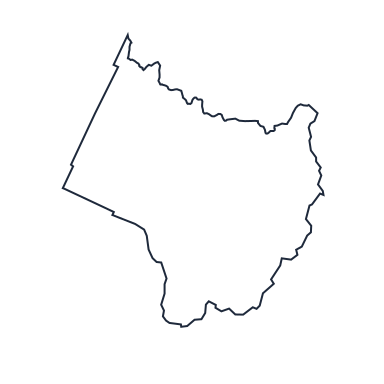 outline of Grand, Colorado, United States of America, rotated 25°
{"feature_id": "52423323B77546934946548", "entity_name": "Grand", "entity_type": "district", "adm_level": 2, "iso_a3": "USA", "parent_name": "United States of America", "parent_adm1": "Colorado", "projection": "equal_earth", "projection_center": [-106.159, 40.085], "detail": "fine", "context": "isolated", "style": "outline", "palette": "slate", "viewbox_px": 384, "rotation_deg": 25, "n_neighbors": 0, "source": "geoboundaries", "source_scale": "gbopen_adm2", "svg_char_len": 2527}
<svg xmlns="http://www.w3.org/2000/svg" viewBox="0 0 384 384"><g transform="rotate(25 192 192)"><path d="M67.4,76.9L67.2,109.9L72.2,109.9L70.9,161.8L70.8,218.4L73.4,219.0L73.3,243.1L75.2,243.0L120.0,243.1L129.6,243.2L129.6,246.5L154.1,245.0L164.5,246.3L169.5,250.8L177.0,262.5L184.2,268.6L189.5,270.4L193.9,268.9L205.5,281.2L206.1,287.1L210.1,295.7L211.7,307.2L216.7,311.3L218.2,317.0L222.8,319.5L226.9,320.2L237.9,316.7L239.2,318.7L244.3,315.5L248.3,306.7L254.3,303.3L255.1,296.1L252.2,288.2L253.4,284.0L261.3,284.3L262.2,287.0L269.1,287.7L274.9,282.0L283.0,284.7L290.2,281.5L295.8,270.8L299.9,270.6L301.4,266.4L299.1,253.8L304.9,240.6L300.6,237.8L303.0,221.3L301.4,214.2L310.4,211.4L314.1,204.4L310.8,200.3L314.6,195.1L314.8,182.8L316.8,178.3L314.3,172.2L306.7,168.4L304.2,154.6L306.0,152.6L308.7,139.3L312.4,139.1L310.1,135.8L303.0,131.9L302.2,122.4L298.2,119.1L298.3,115.4L291.6,111.9L289.9,108.3L282.2,104.1L276.6,95.7L276.6,91.7L270.6,84.4L270.4,80.0L273.0,76.0L272.5,67.5L261.0,63.8L260.1,65.0L256.6,66.3L253.4,66.6L251.4,69.1L250.5,72.0L250.1,77.8L250.4,82.8L249.5,88.0L249.4,90.2L247.4,91.1L244.7,91.9L241.3,95.7L238.9,97.2L239.6,99.3L240.4,99.8L240.8,101.1L240.1,102.3L237.3,103.6L236.4,105.9L235.8,107.0L234.6,107.7L233.6,107.3L231.8,104.8L229.2,102.7L226.1,103.2L222.6,101.5L221.8,99.9L219.0,100.9L215.9,102.5L210.0,105.4L204.7,107.4L200.3,107.2L196.1,109.8L193.2,111.7L192.8,112.8L191.7,113.6L190.6,113.3L188.2,111.5L186.4,109.6L184.8,109.3L182.9,110.1L182.1,111.5L180.2,114.0L178.2,114.9L176.7,114.7L174.6,114.3L172.2,114.3L170.0,115.7L168.3,114.8L167.0,112.7L165.1,110.4L164.4,108.9L163.6,106.8L163.1,105.4L161.8,104.3L160.3,104.6L159.3,105.3L158.6,105.6L157.6,105.6L156.6,105.0L155.7,104.7L154.4,105.4L153.8,106.8L153.5,108.3L153.8,110.7L153.9,111.7L153.2,113.0L151.7,113.3L151.1,113.9L150.2,113.7L149.2,112.8L147.8,111.4L145.7,110.7L143.9,110.3L143.2,109.0L142.2,108.0L141.0,106.5L139.5,104.8L137.3,105.0L135.0,105.2L133.3,106.2L131.6,107.6L130.0,108.5L127.9,108.8L126.7,108.3L125.5,107.0L123.7,106.7L121.7,106.9L120.7,107.2L119.2,107.1L118.6,107.8L117.7,107.9L116.9,107.1L114.6,105.4L114.2,101.9L113.0,99.3L110.8,95.5L109.7,90.9L106.1,88.7L104.6,90.1L103.5,91.5L101.8,94.7L99.1,95.0L97.8,97.9L97.2,100.5L96.5,102.0L95.1,101.4L94.8,100.5L93.4,100.3L92.5,100.7L90.8,100.0L90.8,99.3L89.1,98.2L87.7,98.2L84.5,97.4L81.8,97.3L80.6,98.3L78.3,97.8L77.4,98.0L77.1,97.1L77.1,96.0L75.7,91.6L75.3,89.6L74.0,86.8L73.4,83.2L74.0,82.3L72.1,80.9L69.5,79.8L67.4,76.9Z" fill="none" stroke="#1e293b" stroke-width="2"/></g></svg>